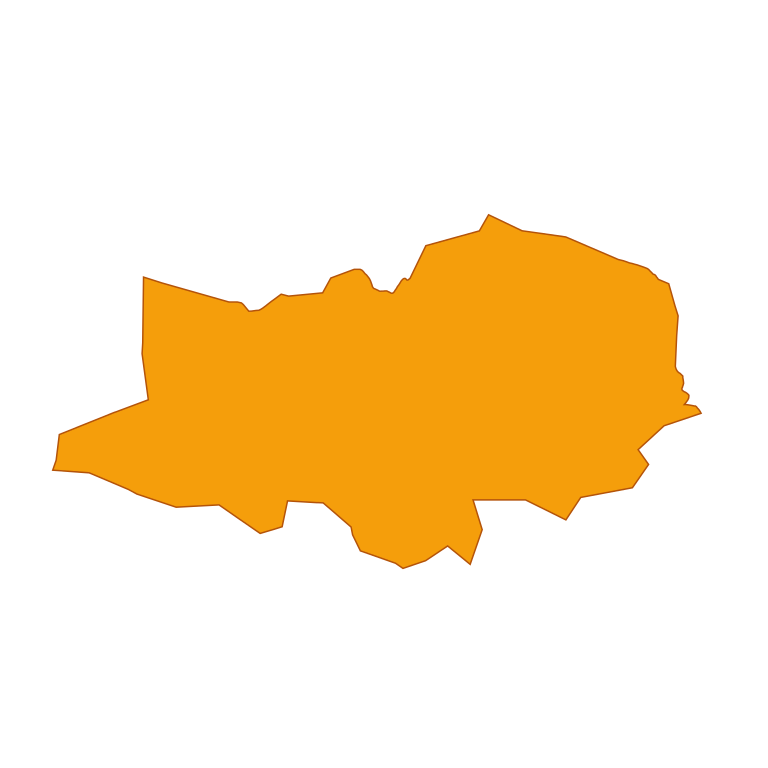 the district of Xangai, Arhangay, Mongolia, rotated 187°
{"feature_id": "93677404B76368798827689", "entity_name": "Xangai", "entity_type": "district", "adm_level": 2, "iso_a3": "MNG", "parent_name": "Mongolia", "parent_adm1": "Arhangay", "projection": "equal_earth", "projection_center": [99.272, 47.755], "detail": "fine", "context": "isolated", "style": "filled", "palette": "amber", "viewbox_px": 768, "rotation_deg": 187, "n_neighbors": 0, "source": "geoboundaries", "source_scale": "gbopen_adm2", "svg_char_len": 2409}
<svg xmlns="http://www.w3.org/2000/svg" viewBox="0 0 768 768"><g transform="rotate(187 384 384)"><path d="M65.7,393.6L66.9,395.3L68.5,397.1L70.1,398.4L71.0,399.4L72.2,400.1L73.2,400.0L75.6,400.2L80.2,400.4L81.9,400.4L83.4,400.2L81.7,403.0L80.6,405.0L79.9,407.0L79.9,409.0L80.0,410.0L80.7,410.7L81.3,411.1L82.1,411.7L82.4,411.8L83.6,412.5L85.1,412.9L86.3,413.6L87.2,414.1L87.6,414.9L87.8,416.1L87.4,416.9L87.3,417.9L87.0,419.2L86.7,421.2L87.2,423.4L87.8,425.5L88.2,426.7L88.4,428.3L91.4,430.6L92.6,431.1L93.8,431.9L95.0,433.1L96.1,434.8L97.0,437.0L99.4,467.6L100.4,487.5L104.8,497.2L113.6,518.2L124.5,521.3L125.4,522.4L126.5,523.4L127.5,524.7L128.1,525.2L129.0,525.6L129.7,525.7L129.9,525.7L130.4,525.9L131.9,527.2L134.0,528.8L135.1,529.8L136.5,530.6L137.9,531.0L140.7,531.7L144.5,532.5L147.3,533.1L149.8,533.4L152.7,533.9L153.0,533.9L155.2,534.1L157.6,534.7L161.4,535.5L166.6,536.1L221.5,552.1L265.7,552.9L300.8,564.7L308.0,547.6L359.3,526.4L371.0,492.1L372.7,490.3L373.3,490.0L374.0,490.0L374.6,490.6L375.3,491.1L375.6,491.3L375.8,491.3L376.1,491.3L376.5,491.3L377.3,491.0L378.2,490.2L379.4,488.5L380.5,486.1L381.5,484.0L382.5,482.4L383.2,480.5L384.3,478.5L385.1,476.7L385.8,475.9L386.4,475.2L387.4,475.0L388.2,475.1L389.8,475.8L390.9,476.1L392.5,476.7L393.6,476.6L394.8,476.4L396.0,476.1L396.8,476.0L397.5,475.9L398.6,475.7L399.7,475.6L401.5,476.3L404.6,477.3L405.8,477.6L406.5,478.2L407.4,479.3L407.9,480.6L408.6,482.0L410.0,484.8L411.5,487.0L413.3,488.8L414.6,490.1L416.3,491.2L418.2,493.1L419.8,494.3L421.3,494.8L421.8,494.9L427.5,494.2L449.7,482.7L456.0,467.0L489.4,459.6L497.0,460.6L503.4,454.5L503.8,454.1L505.7,452.4L506.1,452.0L507.6,450.5L509.5,448.6L511.0,447.0L511.9,446.2L513.1,445.0L513.8,444.4L515.1,443.3L517.2,441.9L519.9,441.4L524.4,440.2L527.1,439.8L533.3,445.7L535.4,447.1L539.5,447.5L548.0,446.5L617.2,457.3L617.6,457.4L635.7,460.8L628.5,395.6L627.8,384.6L616.0,339.6L647.7,323.1L647.9,323.1L700.1,294.3L700.1,268.4L702.3,258.1L665.8,259.9L625.2,248.3L616.2,244.8L616.1,244.7L575.3,236.4L533.0,243.9L512.2,232.9L488.7,220.6L479.8,224.5L476.1,226.1L467.7,229.9L465.5,256.2L435.6,258.1L435.4,258.2L429.9,258.6L399.2,238.0L396.8,230.5L387.1,215.5L350.7,207.5L342.7,203.3L321.2,213.7L301.1,231.0L276.5,215.5L268.8,251.4L281.5,279.8L229.4,286.2L186.9,271.3L174.9,295.4L124.8,311.3L111.6,336.4L123.8,349.8L100.9,376.7L65.7,393.6Z" fill="#f59e0b" stroke="#b45309" stroke-width="1.5"/></g></svg>